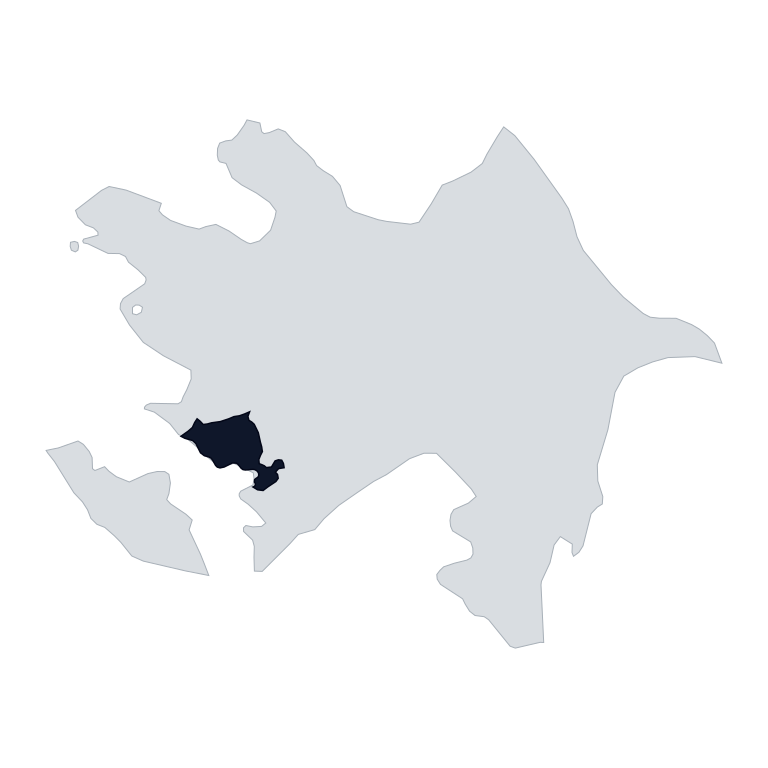 Laçın highlighted on a map of Azerbaijan
{"feature_id": "AZE-1735", "entity_name": "Laçın", "entity_type": "District", "adm_level": 1, "iso_a3": "AZE", "parent_name": "Azerbaijan", "parent_adm1": "", "projection": "natural_earth1", "projection_center": [46.402, 39.698], "detail": "fine", "context": "in_parent", "style": "filled", "palette": "ink", "viewbox_px": 768, "rotation_deg": 0, "n_neighbors": 0, "source": "natural_earth", "source_scale": "10m", "svg_char_len": 4337}
<svg xmlns="http://www.w3.org/2000/svg" viewBox="0 0 768 768"><path d="M543.7,642.5L540.2,642.3L515.3,648.1L510.1,646.2L488.6,619.7L484.2,616.7L475.0,615.5L469.6,611.2L465.2,604.1L462.6,598.8L440.5,584.4L437.2,579.1L436.8,574.5L440.0,570.3L443.7,566.8L454.4,563.2L466.9,560.1L470.9,557.9L473.0,554.1L472.8,548.0L470.7,541.9L452.6,530.9L450.6,526.2L450.0,520.4L451.0,514.3L453.8,509.6L468.4,503.1L476.2,496.5L471.3,489.0L455.4,472.0L436.5,453.3L424.0,453.2L409.5,458.7L386.5,474.6L373.7,481.4L357.1,492.7L338.9,505.3L324.1,518.6L314.8,529.6L298.3,534.4L289.9,543.7L262.2,571.4L254.4,571.1L254.0,557.3L254.3,546.4L252.6,540.1L243.6,531.5L243.5,527.8L245.9,525.5L252.8,526.9L261.6,526.4L265.8,523.0L256.4,511.7L248.0,504.1L240.8,499.0L239.2,495.9L239.2,493.8L240.7,491.2L252.9,485.0L254.1,479.2L253.3,472.8L234.0,463.4L219.5,466.9L206.5,456.3L198.2,448.1L187.8,439.3L178.5,434.5L169.7,423.5L154.3,412.1L144.4,408.9L144.5,407.2L146.3,405.1L150.5,403.3L178.0,403.8L181.4,401.7L183.1,396.9L186.8,389.7L191.2,379.0L190.9,370.1L163.3,355.7L143.3,342.4L129.5,325.0L120.1,309.0L120.5,303.6L123.2,298.6L144.7,283.8L146.1,280.0L145.7,277.4L138.1,269.9L128.5,262.2L125.5,256.5L119.5,253.6L108.0,253.4L87.9,243.8L83.6,242.9L82.7,241.0L83.7,239.1L98.0,235.2L97.9,232.1L93.5,227.9L85.4,224.8L78.0,217.2L75.5,210.4L101.5,190.4L109.1,186.5L126.1,190.1L161.3,203.3L158.9,210.7L162.4,214.8L170.5,220.4L186.0,226.1L199.1,229.1L205.8,226.6L215.9,224.4L229.0,231.0L241.1,239.3L247.2,242.7L250.4,243.7L259.6,240.9L270.6,230.2L275.0,217.2L276.2,211.0L269.7,202.4L256.5,193.1L241.6,184.9L232.1,177.7L226.0,163.4L219.9,161.9L218.3,160.0L217.3,155.2L217.6,148.4L219.7,143.1L225.7,140.9L231.8,140.1L237.2,135.1L244.1,125.3L247.0,119.9L259.9,123.0L261.7,131.7L264.0,133.6L269.3,132.6L278.2,128.9L285.3,131.7L294.5,142.1L307.1,153.1L313.9,160.5L316.6,165.6L323.1,170.6L332.5,176.4L340.1,185.5L346.9,206.7L353.7,211.7L378.1,219.7L386.6,221.4L410.6,224.2L419.0,222.2L431.2,203.9L442.2,185.1L452.5,181.1L471.1,172.1L482.3,163.5L486.9,154.2L497.3,136.7L503.7,126.9L514.8,135.6L534.1,159.3L561.7,197.9L568.5,208.8L573.0,221.4L577.0,236.8L583.3,250.4L611.4,284.6L623.5,297.2L643.2,313.5L650.2,317.2L659.3,318.2L676.1,318.3L691.6,324.6L699.3,329.1L707.3,335.6L714.5,343.1L721.9,363.2L695.0,356.6L667.9,357.6L652.7,361.9L637.9,367.8L623.8,376.1L615.0,392.3L607.9,429.7L597.3,464.8L597.8,481.0L602.8,496.6L602.3,504.0L597.3,507.1L591.1,513.7L583.0,545.9L578.9,552.3L573.5,556.3L572.0,552.5L572.3,544.1L560.3,536.6L554.1,545.0L550.0,562.7L541.4,581.4L541.0,584.9L543.7,642.5ZM141.3,312.3L142.5,307.3L139.2,305.1L135.6,305.0L132.5,307.4L132.5,313.7L136.7,314.8L141.3,312.3ZM52.0,458.4L47.9,453.2L46.1,450.4L58.1,448.0L78.0,441.0L83.4,444.4L89.2,451.5L92.1,457.5L92.5,468.7L94.9,470.5L104.6,466.7L108.9,471.2L116.3,476.7L129.3,482.0L147.9,473.6L157.2,471.5L164.8,471.6L168.9,474.3L170.4,483.0L168.9,493.7L166.7,499.6L170.6,503.9L185.9,514.2L192.2,520.0L189.1,529.9L200.5,554.3L204.3,563.8L208.8,575.5L185.4,570.9L143.3,561.1L131.8,556.0L120.9,542.4L114.4,535.8L104.8,527.4L96.9,524.3L90.9,518.4L87.5,509.7L82.5,501.9L73.9,492.8L54.5,461.6L52.0,458.4ZM77.9,250.2L75.3,251.9L71.4,250.2L70.2,246.4L70.5,242.3L74.5,241.4L77.7,242.5L78.6,246.2L77.9,250.2Z" fill="#d9dde1" stroke="#a8b0b8" stroke-width="1"/><path d="M220.0,467.9L217.3,467.1L215.6,465.4L212.7,460.2L211.0,458.1L208.9,457.0L204.3,455.7L200.5,452.8L195.9,443.6L192.6,440.5L184.9,438.3L181.0,436.3L183.3,434.6L188.0,431.3L192.4,427.5L194.7,422.5L197.1,418.8L200.2,421.3L203.2,424.5L207.3,424.0L211.6,422.8L220.3,421.6L228.8,418.8L234.0,416.6L239.4,415.8L244.5,414.0L249.6,411.8L247.9,416.4L248.9,420.3L251.7,422.0L254.2,424.3L258.3,432.7L260.4,442.2L261.7,446.9L262.1,449.9L262.4,451.6L261.7,452.9L260.4,455.5L258.8,459.6L259.2,463.7L261.9,464.7L264.3,465.8L266.4,467.6L271.4,467.0L272.3,465.6L275.1,460.9L278.4,459.8L281.7,460.2L283.4,463.4L283.9,466.3L284.1,467.7L278.6,468.6L276.6,470.8L275.4,472.2L277.5,474.4L277.8,476.0L278.1,477.8L278.2,478.3L275.9,481.5L272.6,483.7L267.8,486.9L263.1,490.5L257.6,489.8L253.0,487.0L254.5,486.3L255.3,485.2L255.4,483.7L254.5,482.1L254.6,479.6L256.0,478.4L257.8,477.3L258.8,475.4L258.5,472.9L257.0,470.9L255.0,469.7L253.0,469.3L245.4,470.0L243.0,469.6L241.2,468.3L238.3,464.6L236.6,463.2L232.5,462.9L224.2,467.0L220.0,467.9Z" fill="#0f172a" stroke="#020617" stroke-width="1.5"/></svg>